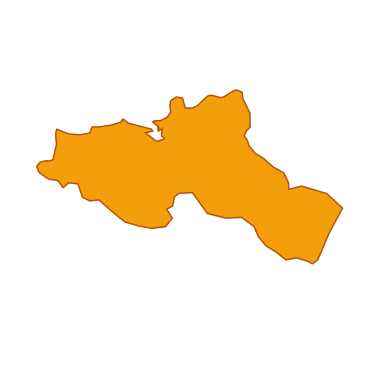 the Department of Nord, rotated 328°
{"feature_id": "HTI-1387", "entity_name": "Nord", "entity_type": "Department", "adm_level": 1, "iso_a3": "HTI", "parent_name": "Haiti", "parent_adm1": "", "projection": "natural_earth1", "projection_center": [-72.317, 19.567], "detail": "fine", "context": "isolated", "style": "filled", "palette": "amber", "viewbox_px": 384, "rotation_deg": 328, "n_neighbors": 0, "source": "natural_earth", "source_scale": "10m", "svg_char_len": 1525}
<svg xmlns="http://www.w3.org/2000/svg" viewBox="0 0 384 384"><g transform="rotate(328 192 192)"><path d="M110.7,67.2L117.9,77.1L127.0,84.0L136.5,87.8L141.7,84.0L147.9,87.7L158.3,92.2L168.0,95.0L172.2,93.6L174.4,99.9L190.9,117.2L190.9,119.7L189.3,118.9L183.9,117.2L188.2,128.9L189.7,130.7L195.8,132.2L197.1,131.7L195.8,128.2L200.2,122.4L199.1,122.4L196.9,122.6L195.8,122.4L195.9,121.9L196.6,120.2L197.4,118.9L197.9,119.7L197.9,117.2L197.1,115.9L195.8,111.7L197.9,111.7L203.0,114.8L210.0,115.5L216.2,113.2L218.9,107.3L222.3,103.3L229.1,103.1L233.7,107.4L230.8,117.2L236.6,121.0L242.1,121.7L255.6,119.0L256.8,119.1L258.7,119.7L261.1,121.5L266.0,127.0L269.3,128.2L281.1,128.2L283.9,129.1L285.4,131.0L286.5,132.9L287.4,133.4L285.8,137.2L284.5,140.2L282.9,155.8L275.7,167.8L270.2,169.1L266.0,172.2L266.3,177.7L264.9,182.9L266.0,192.4L270.6,201.9L274.1,213.9L279.9,224.4L278.8,235.1L275.5,241.1L281.7,243.0L288.1,245.1L305.4,264.7L311.1,285.5L286.4,299.6L262.8,316.1L256.2,316.8L253.0,311.5L245.6,303.2L235.5,299.2L231.9,288.3L226.2,276.8L224.6,265.3L226.3,254.1L220.6,239.7L206.8,232.1L193.7,218.4L192.0,192.8L185.4,189.0L180.4,186.2L174.6,186.7L168.3,193.5L161.5,193.2L161.4,203.7L151.2,207.4L139.0,201.7L128.6,192.4L119.2,181.9L113.6,165.5L108.9,149.4L100.6,145.4L96.3,138.5L99.6,124.8L92.4,118.9L85.1,120.0L84.1,111.0L77.1,104.8L73.0,95.1L72.9,92.6L74.1,87.8L78.8,86.3L84.3,87.9L87.7,90.3L91.3,90.8L95.8,86.4L99.6,82.4L102.4,79.9L104.6,75.1L108.0,69.4L110.7,67.2Z" fill="#f59e0b" stroke="#b45309" stroke-width="1.5"/></g></svg>